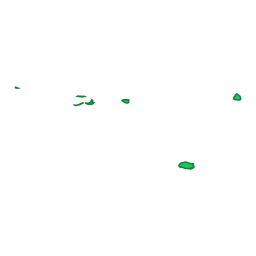 map outline of Dependencias Federales (orthographic projection)
{"feature_id": "VEN-44", "entity_name": "Dependencias Federales", "entity_type": "Federal Dependency", "adm_level": 1, "iso_a3": "VEN", "parent_name": "Venezuela", "parent_adm1": "", "projection": "orthographic", "projection_center": [-66.343, 11.477], "detail": "fine", "context": "isolated", "style": "filled", "palette": "green", "viewbox_px": 256, "rotation_deg": 0, "n_neighbors": 0, "source": "natural_earth", "source_scale": "10m", "svg_char_len": 1324}
<svg xmlns="http://www.w3.org/2000/svg" viewBox="0 0 256 256"><path d="M192.2,163.8L192.7,163.8L193.3,163.8L193.6,164.1L193.0,164.9L194.0,166.4L193.8,167.4L192.7,168.2L190.9,168.9L191.2,168.2L191.4,167.9L189.9,168.4L188.6,168.6L185.7,168.5L184.3,168.1L182.9,167.4L181.7,167.0L180.6,167.4L178.8,166.0L179.5,164.3L181.4,162.9L183.0,162.8L184.8,162.1L186.5,162.2L190.2,163.6L190.9,163.8L192.2,163.8ZM236.6,93.9L237.6,94.4L239.9,96.2L240.3,96.9L240.6,98.2L240.6,99.4L239.9,99.9L236.8,99.9L235.1,99.6L233.7,99.0L233.9,98.4L234.0,98.2L233.9,98.0L233.7,97.4L234.6,96.7L235.8,94.6L236.6,93.9ZM126.6,99.8L128.3,99.7L128.7,100.1L128.9,101.6L127.9,103.0L125.8,102.9L123.6,101.8L122.1,100.3L123.2,99.9L124.5,99.7L126.6,99.8ZM92.3,102.8L93.4,102.8L93.7,102.8L92.4,104.0L89.8,104.4L87.1,104.0L85.3,102.8L87.5,103.3L89.2,103.0L90.6,101.9L91.8,99.8L92.4,100.3L92.8,101.1L92.7,102.0L92.3,102.8ZM83.2,96.4L84.5,96.3L84.8,96.5L83.0,96.7L82.7,96.7L81.8,96.9L80.5,96.7L79.9,96.7L79.4,96.5L77.2,96.3L77.4,96.1L83.2,96.4ZM82.0,103.2L83.1,102.8L83.6,102.8L80.2,104.3L79.9,104.6L77.8,105.1L77.2,105.3L76.4,105.5L74.7,105.4L74.5,105.1L76.0,105.3L77.1,105.2L77.5,105.1L82.0,103.2ZM16.6,87.7L17.2,87.8L18.0,88.1L17.4,88.2L16.0,87.9L15.4,87.7L15.4,87.4L15.6,87.1L15.9,87.2L16.2,87.5L16.6,87.7Z" fill="#22c55e" stroke="#15803d" stroke-width="1.5"/></svg>